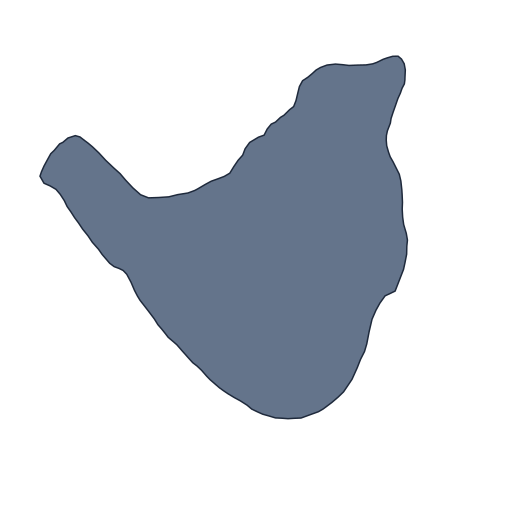 Addoo, Maldives (Robinson projection), rotated 346°
{"feature_id": "70690204B51409682910063", "entity_name": "Addoo", "entity_type": "district", "adm_level": 2, "iso_a3": "MDV", "parent_name": "Maldives", "parent_adm1": "", "projection": "robinson", "projection_center": [73.16, -0.641], "detail": "fine", "context": "isolated", "style": "filled", "palette": "slate", "viewbox_px": 512, "rotation_deg": 346, "n_neighbors": 0, "source": "geoboundaries", "source_scale": "gbopen_adm2", "svg_char_len": 2230}
<svg xmlns="http://www.w3.org/2000/svg" viewBox="0 0 512 512"><g transform="rotate(346 256 256)"><path d="M260.5,424.1L271.9,422.9L278.9,422.2L284.1,420.7L294.1,416.5L301.5,412.8L308.1,409.0L314.0,403.7L319.3,398.9L327.2,388.9L332.4,381.6L338.2,374.9L342.2,368.1L347.5,356.7L353.3,345.4L359.3,337.6L364.8,331.7L371.6,325.9L382.5,323.7L395.9,304.7L399.0,298.4L402.6,290.7L404.7,283.0L406.8,277.2L407.3,270.4L406.9,261.2L407.7,253.8L409.2,245.9L411.1,239.4L412.6,232.0L413.5,227.1L414.7,218.3L414.8,211.3L413.3,204.6L411.8,197.9L410.2,192.2L409.7,187.2L409.5,180.6L410.4,175.1L411.7,170.6L413.8,166.3L418.5,159.6L420.3,155.3L423.8,149.7L427.5,144.1L431.8,137.5L435.4,133.0L438.3,128.6L441.6,124.9L443.1,121.1L443.7,118.9L445.9,111.6L446.3,105.3L444.8,100.1L442.2,96.5L437.0,95.3L431.2,95.5L426.9,95.9L419.9,97.4L415.7,97.8L408.9,97.2L401.0,95.4L392.3,93.6L386.0,91.2L379.5,89.0L371.1,87.9L364.1,88.7L359.3,90.1L354.5,92.7L349.8,95.0L343.6,97.2L339.1,102.1L336.4,107.2L332.4,114.9L328.7,120.1L324.1,122.1L317.2,126.2L313.3,127.4L307.3,130.8L302.7,131.7L297.6,135.5L293.1,140.7L287.1,141.3L277.3,144.3L271.4,149.3L267.5,154.9L261.8,158.8L256.1,163.9L250.6,169.3L244.4,171.1L237.7,171.9L230.6,172.6L224.4,174.2L215.6,176.8L212.4,177.6L205.2,178.4L194.9,177.5L185.7,177.5L175.7,175.7L165.8,173.6L158.8,168.6L153.0,160.1L147.8,150.8L144.1,143.3L139.1,135.9L133.3,126.8L128.5,118.0L123.8,110.6L120.4,105.9L117.7,102.6L114.0,97.9L109.8,95.5L102.1,96.0L96.1,99.0L92.6,99.7L85.8,104.7L81.6,107.1L77.5,111.5L72.1,117.4L68.2,122.4L65.7,126.3L67.9,134.1L73.2,138.2L78.1,143.0L81.0,148.9L83.4,155.9L84.7,162.3L87.0,168.2L89.3,175.0L91.8,181.0L94.3,188.0L97.9,195.8L100.6,203.3L104.8,211.3L107.1,217.3L112.3,227.7L115.8,232.0L120.2,235.0L123.6,237.9L126.2,242.5L128.4,251.3L129.8,260.0L131.3,266.2L132.8,271.0L137.9,282.5L142.1,292.4L144.2,298.9L146.9,304.2L149.1,309.0L151.2,313.8L153.4,316.8L157.7,322.9L161.3,330.0L165.5,338.0L168.8,344.2L172.2,348.5L175.5,353.7L179.1,360.7L181.6,365.0L185.8,371.0L188.7,375.1L192.0,379.0L195.6,383.0L200.8,388.2L205.7,392.7L211.2,398.5L214.8,403.5L219.6,407.5L224.2,411.1L229.8,414.3L235.7,417.8L241.4,419.5L247.7,421.6L253.7,422.7L260.5,424.1Z" fill="#64748b" stroke="#1e293b" stroke-width="1.5"/></g></svg>